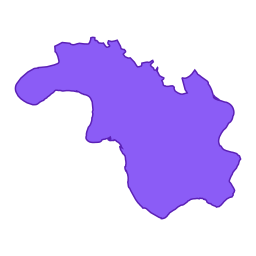 the district of Ashmun, Al Minufiyah, Egypt
{"feature_id": "37247803B18007255516355", "entity_name": "Ashmun", "entity_type": "district", "adm_level": 2, "iso_a3": "EGY", "parent_name": "Egypt", "parent_adm1": "Al Minufiyah", "projection": "robinson", "projection_center": [30.999, 30.299], "detail": "fine", "context": "isolated", "style": "filled", "palette": "violet", "viewbox_px": 256, "rotation_deg": 0, "n_neighbors": 0, "source": "geoboundaries", "source_scale": "gbopen_adm2", "svg_char_len": 5746}
<svg xmlns="http://www.w3.org/2000/svg" viewBox="0 0 256 256"><path d="M141.9,63.1L141.8,64.0L141.6,65.5L141.4,65.9L138.9,66.8L137.5,66.8L136.9,66.1L136.3,65.3L134.4,62.2L130.3,57.9L128.2,58.1L125.0,56.7L123.3,54.4L123.3,54.0L125.6,51.8L125.4,50.8L124.2,49.5L123.4,49.5L121.2,48.8L120.7,47.3L120.5,46.3L117.2,40.2L114.6,41.0L111.7,41.5L108.5,40.8L107.8,42.9L108.4,44.5L109.2,44.8L109.6,45.4L109.5,46.4L107.5,47.2L106.7,47.2L105.3,45.9L103.4,43.0L102.1,43.3L99.1,43.0L97.9,42.0L97.9,41.6L96.7,40.5L95.3,40.5L94.9,39.8L94.8,37.6L92.8,37.3L90.9,37.7L90.7,38.5L90.7,39.5L90.2,40.9L89.8,42.2L89.2,43.0L88.7,43.8L87.5,44.0L84.1,43.9L79.4,43.3L76.8,43.9L75.1,44.5L73.1,44.8L70.9,44.3L69.9,43.3L62.2,42.5L57.9,44.8L54.8,46.3L55.1,50.1L55.1,51.7L56.1,52.5L57.1,54.5L57.9,56.5L58.9,60.8L59.0,61.4L58.9,62.0L58.7,62.6L58.3,63.1L57.6,63.6L54.3,64.9L46.9,66.8L38.2,67.6L38.2,68.0L34.2,68.5L27.9,72.0L20.9,78.1L16.9,83.5L16.1,84.9L15.6,86.5L15.4,88.2L15.5,89.9L15.7,91.0L16.2,92.3L18.2,96.0L20.8,98.7L24.0,101.0L27.1,102.8L32.7,104.7L34.4,104.7L36.1,104.6L37.5,104.0L40.2,101.9L42.1,100.9L43.7,100.3L44.2,99.5L44.8,99.0L45.5,98.5L46.6,98.0L47.0,97.6L47.4,97.0L49.4,95.6L51.3,93.8L53.0,92.7L53.7,92.1L54.9,90.7L55.5,90.3L56.1,90.2L56.9,90.2L58.4,90.5L59.5,90.4L60.1,90.5L60.9,90.5L61.9,90.9L62.9,91.0L66.3,90.6L69.3,90.6L71.4,90.9L73.6,91.0L76.9,91.7L76.8,91.1L78.4,91.7L81.7,93.6L82.8,93.9L84.0,94.5L85.3,94.7L86.8,95.2L88.3,96.0L89.3,96.7L89.9,97.4L90.5,98.2L92.2,101.8L93.0,110.2L92.6,111.0L92.4,111.8L92.5,112.7L92.8,113.4L92.8,114.5L92.4,117.0L92.1,117.3L91.9,117.8L91.9,118.4L91.8,119.9L91.6,121.1L91.1,122.6L90.7,123.8L90.0,125.2L89.2,126.3L88.4,127.2L86.8,131.8L86.4,133.8L86.4,135.8L86.1,136.6L86.0,137.3L86.0,138.2L86.4,139.2L87.0,140.0L87.8,140.8L88.7,141.4L89.8,142.0L91.2,142.3L92.9,142.5L97.6,142.3L99.3,142.1L100.4,141.7L101.4,140.9L102.1,139.7L104.2,139.2L105.0,139.2L105.5,139.0L105.8,138.7L107.0,138.6L108.0,138.3L109.1,137.8L110.3,137.0L110.5,137.7L110.6,138.4L110.2,138.5L109.6,138.4L109.5,138.6L109.6,138.8L110.2,138.9L110.3,139.1L109.1,139.3L109.1,139.6L108.3,139.7L108.4,139.9L109.0,140.1L109.8,140.6L111.0,140.6L111.7,140.4L112.2,140.5L112.9,140.4L113.4,140.5L113.8,140.5L114.3,140.2L114.3,139.8L114.9,140.0L116.1,140.6L116.3,141.1L116.6,141.4L117.3,141.7L118.8,142.7L120.2,144.3L121.0,145.4L121.3,146.7L122.0,147.8L120.7,147.2L120.3,146.8L120.2,146.3L119.9,146.4L119.8,146.6L119.9,147.4L120.3,148.3L120.4,149.0L120.6,149.7L122.1,152.1L122.6,153.2L123.1,153.8L123.8,154.2L124.1,154.7L124.4,155.0L124.6,155.5L125.0,155.8L125.4,157.6L125.5,159.3L125.9,161.6L126.0,163.7L125.7,165.2L125.6,166.5L125.0,166.7L124.9,167.6L125.0,168.4L125.3,169.7L125.8,170.9L126.3,170.6L126.9,172.5L127.7,174.4L127.8,175.2L128.1,176.8L128.2,178.3L128.1,180.1L128.1,181.0L127.8,182.0L128.4,186.4L128.7,187.2L129.0,187.7L129.5,188.0L129.9,188.8L131.1,191.3L135.7,199.6L138.0,202.8L139.1,203.9L140.1,205.1L141.8,206.7L142.9,208.1L144.4,208.0L145.3,208.2L146.1,208.5L146.9,209.1L147.6,209.8L150.8,212.6L159.2,217.4L161.5,218.1L161.6,218.3L160.6,218.5L161.7,218.7L162.7,218.6L164.3,218.1L165.2,217.7L166.9,216.3L167.7,215.1L168.7,214.1L169.5,212.9L173.5,210.2L175.2,209.3L178.0,206.9L179.8,205.9L181.1,205.1L182.2,205.1L183.6,204.6L186.9,202.2L187.4,201.7L187.9,201.0L188.9,200.6L190.7,199.4L193.1,198.8L195.2,198.7L197.2,198.4L199.3,198.8L199.5,198.7L199.7,198.3L199.9,198.2L201.2,198.4L202.6,198.4L203.1,198.7L203.6,199.3L204.8,199.3L204.8,199.5L205.0,199.7L205.7,199.9L206.2,200.2L206.6,200.8L206.9,201.8L207.2,202.3L208.5,203.2L209.0,203.4L209.5,203.4L210.1,203.7L210.8,203.6L211.3,204.3L212.1,204.9L213.9,205.7L215.4,206.2L216.6,207.1L217.8,206.7L219.1,206.6L219.9,205.9L220.8,205.3L222.8,203.1L223.8,201.8L226.9,198.9L229.7,197.4L232.0,196.9L233.2,195.0L233.0,193.7L233.6,192.9L234.1,192.1L234.4,191.2L234.6,190.3L233.5,187.9L232.0,185.5L231.4,184.3L230.5,183.0L229.5,181.9L229.3,181.1L229.4,180.3L230.5,177.5L231.2,176.0L232.2,174.3L232.5,173.4L232.9,172.4L234.0,171.0L234.4,170.3L235.0,169.8L236.5,168.0L237.2,166.2L237.8,165.2L238.4,164.4L238.9,162.4L239.5,160.4L239.7,160.1L240.1,159.8L240.5,159.4L240.6,159.0L240.3,158.1L239.8,157.2L239.8,156.6L239.5,156.0L239.0,155.6L238.3,155.5L237.6,154.5L236.6,153.6L235.8,153.3L234.2,152.8L233.0,152.4L231.2,152.1L226.3,150.7L223.9,149.7L223.1,149.0L222.5,148.5L221.1,146.3L220.5,145.9L219.9,145.8L219.3,144.4L218.9,143.2L218.7,142.1L218.6,141.0L218.8,139.3L219.3,137.2L219.8,136.1L220.4,135.0L221.3,133.2L223.3,130.3L224.1,129.5L225.3,128.5L226.0,127.7L226.5,127.0L228.6,123.2L229.7,122.5L230.7,121.6L231.6,120.3L232.2,119.1L232.6,117.8L232.8,116.4L233.3,115.5L233.7,114.4L233.9,112.8L233.8,111.0L233.4,109.4L232.9,108.0L232.0,106.4L231.1,105.3L230.0,104.3L228.9,103.5L227.2,102.6L226.0,102.2L224.9,102.1L220.4,100.6L218.2,100.1L215.3,98.9L214.0,97.9L213.6,97.5L213.5,96.3L213.3,95.4L211.7,90.3L210.7,88.0L210.1,86.8L209.3,85.4L208.2,84.0L208.3,83.4L208.2,82.8L208.1,82.3L207.7,81.7L207.2,81.1L201.3,76.9L199.6,75.5L197.7,74.3L196.6,72.4L194.8,70.0L192.0,73.9L189.7,76.1L187.0,77.7L185.4,78.2L184.0,78.2L183.0,78.0L182.4,77.9L182.1,78.2L185.2,89.8L186.8,92.1L187.2,92.9L182.3,94.2L180.5,94.0L177.9,92.9L175.9,91.6L174.9,90.7L174.1,88.6L174.2,87.2L172.8,85.9L171.0,85.9L168.1,86.4L165.9,86.3L165.3,85.9L164.5,85.9L163.3,85.0L162.8,82.5L161.8,80.5L163.5,79.1L163.9,78.0L162.5,77.2L162.1,77.2L159.5,75.6L157.6,71.9L157.0,71.2L157.3,70.4L157.7,67.8L157.5,67.5L156.9,68.4L156.3,69.8L155.4,70.2L154.6,70.1L154.0,69.7L153.5,68.1L152.3,67.2L150.9,65.9L150.5,65.1L150.7,64.5L151.6,63.5L153.3,61.9L152.7,60.4L151.7,60.8L150.2,62.0L148.8,62.4L148.2,62.3L147.2,62.1L145.7,62.3L141.9,63.1ZM215.8,98.6L217.7,98.7L214.8,96.7L214.3,96.0L214.0,96.7L214.9,98.0L215.8,98.6Z" fill="#8b5cf6" stroke="#5b21b6" stroke-width="1.5"/></svg>